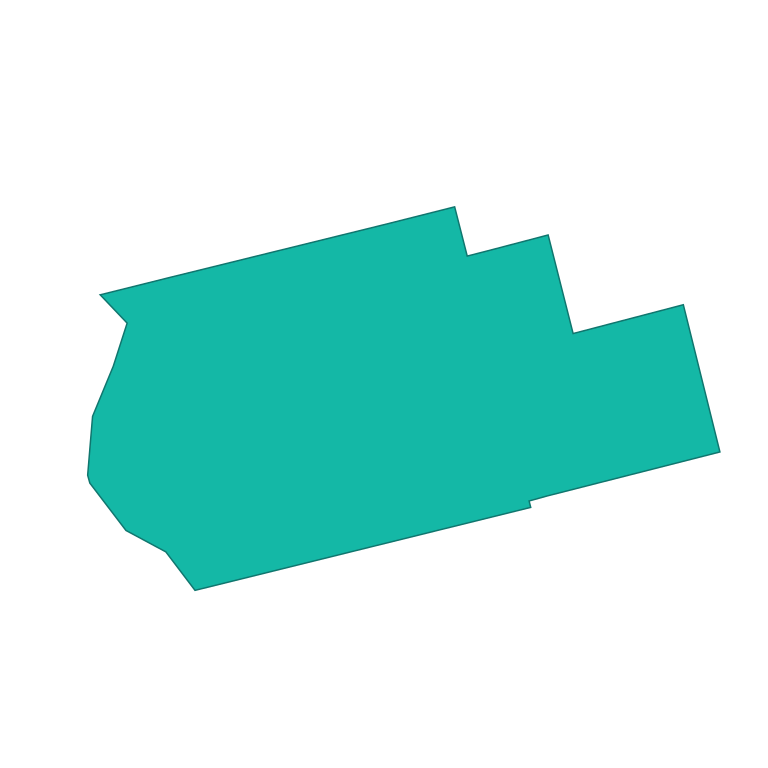 Jasper, Indiana, United States of America (Natural Earth projection), rotated 256°
{"feature_id": "52423323B69919986671378", "entity_name": "Jasper", "entity_type": "district", "adm_level": 2, "iso_a3": "USA", "parent_name": "United States of America", "parent_adm1": "Indiana", "projection": "natural_earth1", "projection_center": [-87.091, 41.011], "detail": "fine", "context": "isolated", "style": "filled", "palette": "teal", "viewbox_px": 768, "rotation_deg": 256, "n_neighbors": 0, "source": "geoboundaries", "source_scale": "gbopen_adm2", "svg_char_len": 443}
<svg xmlns="http://www.w3.org/2000/svg" viewBox="0 0 768 768"><g transform="rotate(256 384 384)"><path d="M539.2,130.2L505.2,149.5L466.7,125.6L423.1,93.4L367.2,74.4L359.0,74.6L304.3,98.2L280.6,124.3L273.9,131.7L229.5,150.7L228.8,496.5L235.4,496.5L235.9,515.3L236.8,693.5L388.5,693.6L387.2,579.7L488.9,579.3L488.1,513.7L488.0,495.7L538.8,495.4L538.6,422.4L539.2,202.8L539.2,130.2Z" fill="#14b8a6" stroke="#0f766e" stroke-width="1.5"/></g></svg>